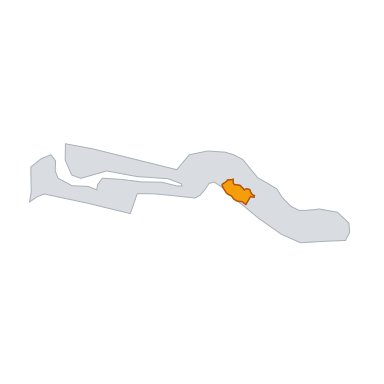 Lower Fuladu West, Central River, Gambia (highlighted), rotated 13°
{"feature_id": "56634734B90495316975710", "entity_name": "Lower Fuladu West", "entity_type": "district", "adm_level": 2, "iso_a3": "GMB", "parent_name": "Gambia", "parent_adm1": "Central River", "projection": "robinson", "projection_center": [-14.908, 13.525], "detail": "fine", "context": "in_parent", "style": "filled", "palette": "amber", "viewbox_px": 384, "rotation_deg": 13, "n_neighbors": 0, "source": "geoboundaries", "source_scale": "gbopen_adm2", "svg_char_len": 3030}
<svg xmlns="http://www.w3.org/2000/svg" viewBox="0 0 384 384"><g transform="rotate(13 192 192)"><path d="M57.8,173.5L85.4,172.3L118.7,172.8L155.0,173.4L172.1,173.7L181.1,156.2L198.1,148.5L215.6,145.7L224.7,146.4L234.3,149.0L252.8,163.4L264.2,166.7L273.9,169.9L280.9,176.9L291.9,183.9L300.6,185.8L305.7,184.7L314.3,182.0L319.9,179.9L338.3,179.0L351.9,187.0L354.7,195.8L352.5,204.7L334.3,209.6L309.1,217.1L288.3,213.0L263.0,202.7L248.2,195.3L242.0,192.4L232.8,187.7L224.7,182.7L216.9,179.4L211.0,177.3L206.6,180.0L204.3,186.2L200.8,193.1L196.3,197.2L175.1,199.7L156.0,202.2L145.8,204.4L139.0,206.0L136.8,226.9L115.2,226.7L94.0,226.4L72.0,226.8L48.4,227.2L42.3,231.4L35.9,238.3L35.3,227.9L29.3,204.0L37.4,193.6L46.2,187.4L52.1,192.4L53.9,202.1L58.4,208.7L73.9,212.9L89.3,209.9L98.7,211.3L98.4,205.9L101.6,198.7L120.3,195.6L140.0,193.6L160.3,189.3L176.2,189.5L181.0,188.3L179.8,186.4L165.6,184.4L135.1,189.3L104.1,190.7L80.6,203.7L71.0,202.5L61.3,189.5L57.8,173.5Z" fill="#d9dde1" stroke="#a8b0b8" stroke-width="1"/><path d="M248.4,177.4L248.2,177.2L247.7,176.7L246.9,176.5L246.2,176.5L245.5,176.5L244.7,176.5L244.3,176.7L244.1,176.7L243.6,177.1L243.3,177.3L242.6,178.3L241.9,177.9L241.4,177.3L241.3,177.2L241.2,177.2L240.4,176.6L239.8,176.4L239.7,176.3L239.4,176.2L239.0,175.9L238.8,175.7L238.5,175.5L238.4,175.3L238.2,175.2L237.8,174.9L237.5,174.8L237.1,174.6L236.9,174.6L236.5,174.6L236.2,174.7L235.9,174.8L235.7,174.9L235.3,174.9L235.1,174.8L234.7,174.7L234.2,174.7L233.9,174.8L233.6,174.9L233.3,175.0L233.0,175.1L232.6,175.2L232.4,175.3L232.2,175.3L231.9,175.2L231.6,175.1L230.9,174.6L230.6,174.4L230.3,174.0L230.2,173.8L230.1,173.6L230.0,173.2L229.9,172.9L229.8,172.6L229.8,172.2L229.7,171.8L229.6,171.5L229.5,171.3L229.3,170.9L229.2,170.7L229.1,170.3L228.5,170.9L228.3,171.0L227.4,171.2L226.9,171.4L225.8,171.7L224.2,172.1L223.8,172.4L223.6,172.8L223.2,173.9L223.1,174.0L222.7,174.6L222.4,174.9L222.2,175.1L221.2,176.0L220.2,177.1L220.0,177.3L219.8,177.6L219.7,177.8L219.6,178.0L220.1,179.2L220.4,179.5L220.6,179.8L220.8,180.0L221.0,180.3L221.1,180.5L221.9,181.4L222.3,181.8L222.7,182.2L223.3,182.8L223.7,183.2L223.8,183.3L225.0,184.5L225.4,184.8L225.9,185.2L226.6,185.6L227.3,185.9L227.8,186.2L228.0,186.2L228.2,186.3L228.5,186.3L228.8,186.4L229.1,186.4L229.8,186.6L230.4,186.7L230.9,186.9L231.4,187.1L231.7,187.3L231.9,187.5L232.3,187.8L232.6,188.0L232.8,188.2L233.2,188.6L234.0,189.2L234.4,189.5L234.8,189.7L235.7,190.0L235.9,190.1L236.4,190.3L236.7,190.4L236.8,190.4L237.7,190.6L237.9,190.6L239.0,190.6L239.8,190.6L240.4,190.5L242.3,190.2L242.7,190.2L242.9,190.2L243.0,190.2L243.5,190.3L244.3,190.7L244.9,191.1L247.3,192.1L248.0,189.9L248.4,188.6L249.2,186.0L249.7,184.4L250.0,183.3L252.9,183.3L253.3,183.2L253.6,183.1L253.4,182.9L253.4,182.7L253.4,182.4L253.4,182.2L253.5,182.2L253.6,181.9L253.6,181.7L253.6,181.4L253.3,181.4L252.9,181.4L252.7,181.3L251.4,181.0L251.0,180.7L250.8,180.6L249.8,179.5L249.5,179.1L249.3,179.0L248.8,178.5L248.7,178.2L248.4,177.4Z" fill="#f59e0b" stroke="#b45309" stroke-width="1.5"/></g></svg>